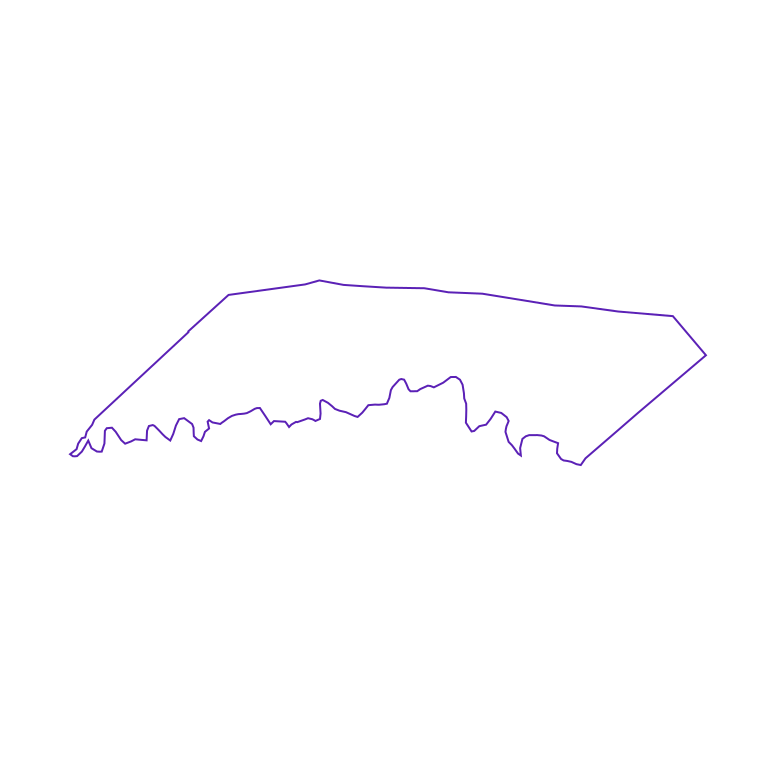 outline of Boghe, Brakna, Mauritania, rotated 349°
{"feature_id": "47542326B52802302132146", "entity_name": "Boghe", "entity_type": "district", "adm_level": 2, "iso_a3": "MRT", "parent_name": "Mauritania", "parent_adm1": "Brakna", "projection": "natural_earth1", "projection_center": [-14.531, 16.65], "detail": "fine", "context": "isolated", "style": "outline", "palette": "violet", "viewbox_px": 768, "rotation_deg": 349, "n_neighbors": 0, "source": "geoboundaries", "source_scale": "gbopen_adm2", "svg_char_len": 2414}
<svg xmlns="http://www.w3.org/2000/svg" viewBox="0 0 768 768"><g transform="rotate(349 384 384)"><path d="M248.4,266.9L201.9,295.0L201.9,295.8L92.9,363.7L89.7,368.4L83.1,374.0L80.5,379.4L77.0,379.5L72.4,384.2L69.8,389.3L62.5,393.0L64.8,395.5L66.7,396.0L69.0,396.2L74.5,392.7L78.4,388.4L80.6,385.8L82.9,383.1L84.6,391.2L89.3,395.5L91.9,396.2L94.0,396.5L98.2,389.1L101.1,376.7L103.4,374.5L108.6,375.0L111.5,379.7L115.3,388.9L118.5,393.2L124.8,392.1L129.2,390.8L135.0,392.5L140.2,394.0L142.5,384.6L145.2,380.4L149.2,380.2L150.7,381.3L152.6,384.1L154.6,387.1L157.0,391.0L159.3,394.3L163.4,398.7L167.6,392.8L171.8,385.1L176.2,379.4L181.3,379.4L188.0,386.7L188.7,390.5L187.8,396.0L187.4,399.0L190.3,402.9L193.6,405.1L196.8,400.9L199.1,396.8L203.8,394.3L203.7,387.3L205.4,386.1L208.3,389.0L215.7,392.0L217.1,391.2L219.9,390.0L224.3,387.8L228.6,386.3L232.6,385.8L235.4,385.8L237.7,386.1L241.1,386.4L243.8,386.4L247.9,385.3L252.4,383.7L254.7,383.4L257.6,383.9L261.3,392.6L265.1,401.9L268.9,399.4L279.8,402.2L280.7,403.8L282.6,408.1L285.4,406.1L290.4,404.4L291.6,404.9L299.8,403.7L302.9,403.1L306.9,404.9L308.7,406.3L309.6,407.2L314.5,406.1L316.1,400.9L317.4,391.1L318.7,388.4L320.8,388.0L325.4,391.8L328.8,395.9L331.1,399.1L335.2,401.7L341.3,404.4L349.0,409.8L351.8,411.3L357.2,408.0L360.6,405.2L364.6,401.8L367.5,402.1L371.2,402.5L375.0,403.4L380.2,403.9L383.1,403.9L384.2,402.2L386.6,398.7L389.6,391.3L391.9,388.6L399.8,382.7L401.9,382.4L404.6,383.6L405.9,387.9L407.1,393.8L408.6,396.2L415.2,397.4L418.7,395.9L426.7,394.0L429.3,394.9L432.3,396.8L442.4,394.0L450.8,389.9L455.9,390.8L459.4,394.3L461.0,399.7L460.7,408.3L460.0,413.5L460.9,419.0L459.9,424.9L458.5,431.3L457.0,437.6L460.9,447.3L463.6,447.3L469.5,443.6L472.6,443.5L476.5,443.4L482.0,438.6L488.0,432.3L493.6,434.8L495.7,437.2L498.1,440.0L499.3,444.1L497.7,446.6L496.2,448.8L495.1,451.3L494.1,454.2L495.3,464.6L497.9,468.5L499.8,472.4L502.3,477.9L504.7,480.3L505.4,472.9L509.4,464.3L513.2,462.4L516.7,461.9L524.7,463.4L528.7,464.6L531.2,465.9L535.8,470.5L538.5,472.2L543.6,475.3L541.7,480.6L540.6,485.0L543.5,491.4L545.7,493.3L549.2,494.5L553.1,496.2L557.6,499.4L561.7,501.1L567.6,495.4L604.1,474.5L627.7,460.9L688.6,426.7L705.5,417.2L680.5,372.5L627.6,357.5L592.5,345.5L566.6,339.5L520.0,322.3L497.7,314.1L464.8,306.3L441.9,297.7L404.4,289.8L382.4,284.1L363.2,279.0L340.3,270.0L325.6,271.2L248.4,266.9Z" fill="none" stroke="#5b21b6" stroke-width="2"/></g></svg>